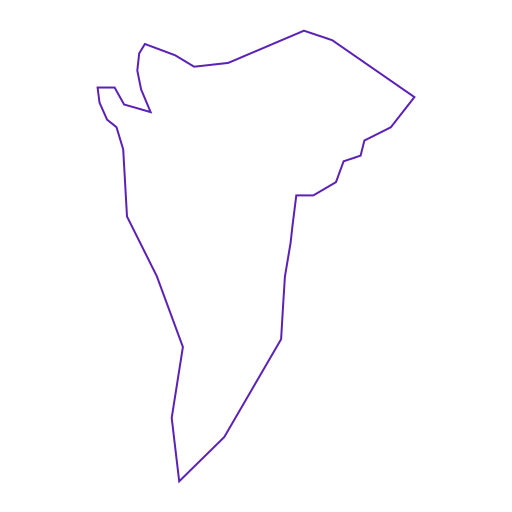 Ayawaso North Municipal, Greater Accra, Ghana
{"feature_id": "2480657B42813544323317", "entity_name": "Ayawaso North Municipal", "entity_type": "district", "adm_level": 2, "iso_a3": "GHA", "parent_name": "Ghana", "parent_adm1": "Greater Accra", "projection": "mercator", "projection_center": [-0.208, 5.595], "detail": "fine", "context": "isolated", "style": "outline", "palette": "violet", "viewbox_px": 512, "rotation_deg": 0, "n_neighbors": 0, "source": "geoboundaries", "source_scale": "gbopen_adm2", "svg_char_len": 557}
<svg xmlns="http://www.w3.org/2000/svg" viewBox="0 0 512 512"><path d="M107.1,119.7L116.5,127.2L123.2,149.4L127.0,216.5L156.8,276.2L182.9,347.0L171.7,417.9L179.2,481.3L224.3,437.0L281.1,339.2L283.0,307.0L284.9,276.7L290.6,242.7L292.5,225.6L296.3,195.4L313.3,195.4L336.0,182.1L343.6,161.3L360.6,155.6L364.4,140.5L390.9,127.2L414.4,97.1L332.2,40.2L303.9,30.7L228.2,62.9L194.1,66.7L175.2,55.3L144.9,44.0L139.2,53.4L137.3,70.5L141.1,89.4L150.6,112.1L124.1,104.5L114.6,87.5L97.6,87.5L99.5,102.6L107.1,119.7Z" fill="none" stroke="#5b21b6" stroke-width="2"/></svg>